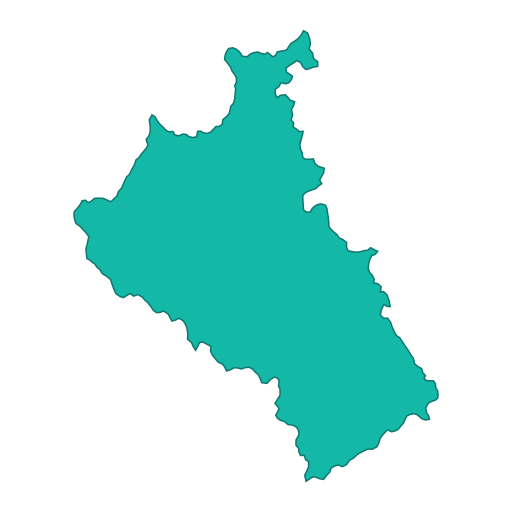 Divinópolis, Minas Gerais, Brazil
{"feature_id": "56859067B25101744312277", "entity_name": "Divinópolis", "entity_type": "district", "adm_level": 2, "iso_a3": "BRA", "parent_name": "Brazil", "parent_adm1": "Minas Gerais", "projection": "natural_earth1", "projection_center": [-44.923, -20.113], "detail": "fine", "context": "isolated", "style": "filled", "palette": "teal", "viewbox_px": 512, "rotation_deg": 0, "n_neighbors": 0, "source": "geoboundaries", "source_scale": "gbopen_adm2", "svg_char_len": 4812}
<svg xmlns="http://www.w3.org/2000/svg" viewBox="0 0 512 512"><path d="M331.0,229.4L329.0,226.8L328.7,222.1L328.3,217.5L327.6,213.3L327.0,208.8L325.4,205.1L320.7,203.9L317.5,204.6L314.8,206.2L312.3,208.3L310.3,211.9L306.6,212.2L303.5,209.9L303.2,204.4L302.9,199.7L302.8,195.3L305.7,192.5L310.6,190.3L315.8,188.6L318.9,185.6L321.8,183.7L319.6,180.2L321.6,176.4L323.7,172.7L324.2,168.2L321.2,167.3L318.0,166.2L314.7,163.1L313.4,158.9L309.0,159.3L305.1,159.1L302.7,157.3L302.3,153.1L300.7,149.6L299.8,145.8L300.5,141.8L301.4,138.6L302.4,135.1L303.1,131.3L299.3,131.6L296.6,129.1L293.1,127.0L293.7,122.8L291.0,120.2L292.6,114.8L291.4,109.5L293.6,105.6L294.6,101.7L290.1,100.2L288.1,97.6L285.4,94.7L280.5,95.3L277.3,97.6L275.4,94.2L275.2,89.1L278.5,87.1L281.1,82.7L285.4,83.8L288.8,82.9L291.4,79.6L292.5,76.2L289.4,74.0L286.4,72.0L285.9,68.1L289.7,65.3L293.9,62.7L296.6,60.7L300.5,62.5L302.8,66.7L305.9,69.5L309.7,68.6L313.3,67.1L317.7,66.5L317.8,61.8L313.7,58.7L312.6,53.1L309.1,48.9L310.4,44.0L309.7,38.9L307.5,32.9L303.5,30.7L301.1,35.1L297.8,38.9L293.9,41.6L291.4,43.1L289.1,46.0L286.8,49.8L283.9,50.7L280.7,51.1L277.1,52.0L275.7,55.2L273.0,56.9L270.1,54.5L267.6,52.5L264.8,54.2L261.2,53.4L257.9,52.0L253.5,52.7L250.0,54.2L247.2,56.7L242.4,56.3L239.5,51.8L236.2,49.2L232.9,47.8L228.7,48.5L226.5,51.6L225.1,55.2L224.6,59.6L227.2,62.5L230.6,67.3L232.0,71.1L234.3,74.0L236.3,77.6L236.5,82.0L234.7,85.8L235.7,89.0L235.1,93.8L234.6,99.5L233.4,103.3L230.8,106.3L229.2,113.4L226.3,116.8L222.8,119.7L222.2,124.3L219.2,126.4L216.0,126.5L213.5,129.1L210.8,132.0L207.4,133.5L203.3,132.8L200.7,131.1L197.6,131.4L196.6,136.9L192.5,137.5L188.7,136.5L186.3,134.5L182.9,134.0L178.9,135.8L174.9,135.0L173.0,131.5L169.0,131.9L166.0,130.2L163.4,127.5L159.8,124.2L157.1,120.5L155.0,116.8L152.0,114.9L149.2,119.9L150.2,126.0L150.1,132.6L148.5,136.6L146.1,139.4L148.0,145.1L146.3,148.2L144.0,150.9L141.5,153.8L138.8,157.7L135.9,160.0L134.5,164.7L131.6,169.7L129.6,174.2L126.6,176.9L124.2,181.9L121.8,187.8L118.5,191.5L117.0,196.0L113.8,199.0L110.9,201.7L107.7,200.4L103.7,198.5L99.1,198.1L94.5,198.4L91.2,201.2L88.2,202.6L85.3,200.2L82.1,200.8L80.5,204.0L78.7,206.6L76.6,209.1L74.3,211.5L73.9,215.1L74.8,220.4L76.0,223.5L79.4,225.8L82.8,229.3L85.7,232.4L88.8,236.6L88.1,239.9L87.1,244.5L85.9,249.0L86.3,253.5L86.9,258.6L89.9,260.1L92.3,262.3L94.8,264.0L96.8,267.0L99.8,269.7L102.4,273.7L106.3,276.1L110.6,279.5L112.1,284.4L113.8,288.8L115.8,293.5L120.1,296.6L123.6,297.6L126.5,295.7L130.1,293.5L133.5,296.1L138.1,294.6L142.2,297.1L145.1,300.3L147.9,302.8L150.7,306.4L153.6,310.7L156.8,312.7L160.3,312.4L163.3,311.0L165.8,312.4L168.3,314.3L169.9,317.5L171.8,321.0L175.2,320.2L179.2,318.3L183.1,320.8L185.8,324.8L187.3,329.7L187.8,334.1L187.5,339.2L191.4,342.4L193.1,346.3L195.5,350.3L197.8,346.3L199.6,342.5L202.9,342.1L205.4,343.4L208.1,344.8L210.9,346.5L210.5,351.0L212.4,355.2L214.8,358.1L218.1,362.1L222.4,364.1L224.5,366.7L226.6,371.0L230.2,369.9L234.3,367.7L238.3,368.1L241.5,369.0L244.9,367.7L249.2,367.2L252.7,369.2L255.0,371.9L258.1,374.5L260.0,378.1L261.7,382.7L266.9,383.4L270.6,379.4L274.5,377.0L277.7,378.3L279.2,381.3L278.5,385.9L280.1,389.6L280.0,395.4L277.4,399.4L275.0,403.4L277.1,405.8L279.0,408.8L277.6,411.8L275.7,415.2L277.4,418.1L280.2,420.3L284.2,421.4L288.2,424.7L291.8,424.9L295.2,426.3L298.0,429.0L299.1,434.1L297.7,437.1L296.0,440.0L296.0,445.4L298.6,448.3L298.9,451.9L300.5,455.5L304.2,455.3L305.7,459.9L308.4,461.3L308.7,466.3L306.7,471.1L304.7,475.4L306.1,481.3L309.0,479.3L311.5,477.6L314.4,476.7L319.6,478.7L323.5,479.4L327.0,474.9L329.9,472.0L331.1,468.0L335.0,465.8L338.7,465.1L342.4,466.7L346.6,464.5L349.5,460.5L353.5,458.0L357.6,454.3L360.9,452.4L363.5,451.1L367.7,449.1L372.4,449.2L377.0,446.7L379.0,442.4L380.1,438.5L382.3,435.3L385.1,432.3L387.6,429.8L391.6,431.8L396.4,430.5L398.8,428.7L400.8,426.1L403.3,423.4L404.9,419.8L406.8,416.1L409.8,414.5L414.0,413.8L416.8,414.5L419.4,416.5L421.7,418.7L425.7,420.0L429.5,419.3L428.6,415.8L426.6,412.7L425.7,407.9L428.4,403.0L432.1,401.2L435.1,400.3L437.6,398.3L438.1,394.7L437.6,390.7L435.8,387.9L435.4,383.7L433.4,380.8L429.7,380.8L426.3,380.5L424.0,378.5L425.5,375.6L422.9,372.8L421.6,368.5L418.3,366.9L414.6,363.8L413.4,358.4L411.1,355.2L407.9,349.9L404.8,345.5L402.2,341.4L399.6,337.6L396.6,335.7L394.2,331.7L391.9,326.3L390.6,322.3L387.5,318.1L383.6,318.3L380.4,315.1L381.3,309.9L383.8,304.4L387.2,306.4L390.2,306.6L389.2,301.0L386.9,294.6L383.4,291.5L380.4,291.9L381.2,286.9L377.9,283.7L373.4,282.8L374.3,279.5L372.3,275.3L369.7,272.5L368.3,268.8L368.6,264.1L370.0,258.9L372.0,255.4L374.9,254.6L377.7,251.3L375.0,250.1L370.6,247.7L367.5,250.4L364.5,250.4L359.9,251.9L355.6,252.2L352.0,251.6L348.1,250.8L346.5,247.0L346.6,242.4L342.4,239.3L339.2,238.0L337.0,234.6L334.3,232.4L331.0,229.4Z" fill="#14b8a6" stroke="#0f766e" stroke-width="1.5"/></svg>